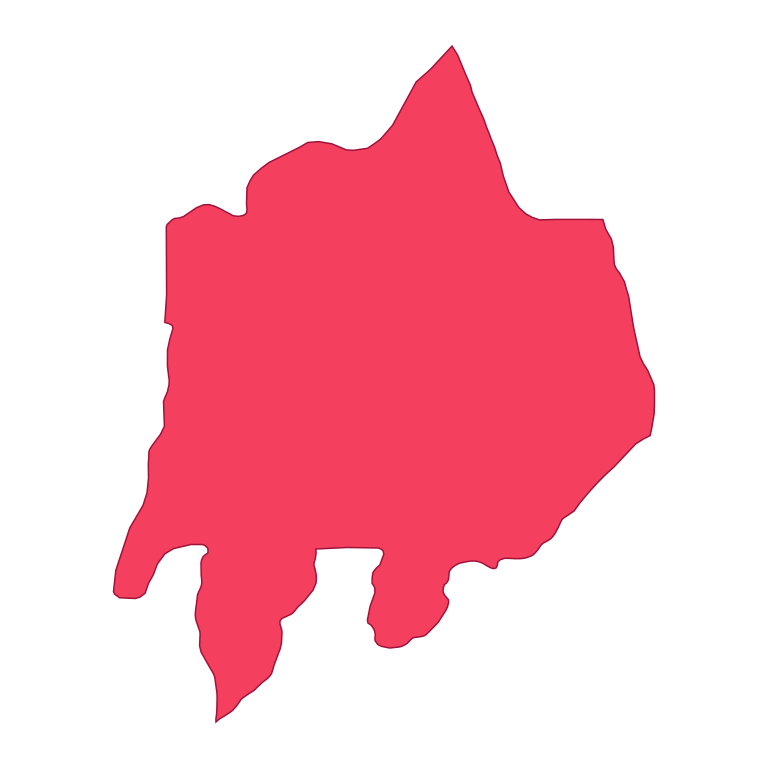 El Palmar, Retalhuleu, Guatemala (Albers equal-area conic projection)
{"feature_id": "79465075B16576514502159", "entity_name": "El Palmar", "entity_type": "district", "adm_level": 2, "iso_a3": "GTM", "parent_name": "Guatemala", "parent_adm1": "Retalhuleu", "projection": "albers", "projection_center": [-91.616, 14.698], "detail": "fine", "context": "isolated", "style": "filled", "palette": "rose", "viewbox_px": 768, "rotation_deg": 0, "n_neighbors": 0, "source": "geoboundaries", "source_scale": "gbopen_adm2", "svg_char_len": 4072}
<svg xmlns="http://www.w3.org/2000/svg" viewBox="0 0 768 768"><path d="M602.9,219.5L585.7,219.4L556.3,219.4L539.5,219.9L532.0,217.3L525.9,213.9L519.0,207.7L508.9,192.1L503.3,176.0L500.3,163.2L497.2,155.6L494.6,147.3L490.8,138.2L489.5,134.4L486.7,127.5L484.2,120.3L482.7,116.6L479.5,109.6L472.1,92.2L470.5,85.4L465.9,75.0L457.5,54.8L452.0,46.1L440.6,58.4L430.4,69.4L416.2,81.9L392.6,125.2L380.8,138.9L375.1,143.2L367.5,148.3L361.8,149.1L353.7,150.3L346.4,149.9L331.8,143.8L318.7,141.6L307.7,142.5L299.3,147.4L269.3,162.3L261.6,168.0L253.5,175.1L250.0,180.9L247.0,187.7L246.5,203.7L247.0,208.9L246.6,212.8L244.8,214.6L242.4,215.7L238.3,216.3L233.4,215.8L219.9,208.6L214.4,206.1L209.0,204.6L203.4,204.9L196.5,207.7L183.4,216.6L179.2,218.0L174.6,218.4L172.1,219.8L169.6,222.2L167.2,224.4L166.3,227.0L166.6,295.0L164.8,322.4L169.2,323.7L172.3,325.6L173.0,328.3L169.8,339.1L167.5,349.8L167.4,365.9L168.6,375.8L169.2,380.0L169.0,384.9L167.4,391.8L165.3,396.6L163.5,401.3L164.4,426.3L160.5,434.3L152.5,445.0L149.5,449.7L148.9,452.2L148.8,457.2L148.3,463.6L148.5,478.1L147.0,492.9L143.0,505.4L129.8,527.9L115.8,570.4L113.5,591.5L114.5,594.1L119.5,597.7L122.6,597.9L135.6,598.5L140.4,596.9L145.1,593.2L148.4,583.6L153.5,574.3L157.4,563.9L165.0,553.7L173.6,548.6L191.0,544.5L202.3,544.5L205.2,545.6L207.8,548.3L208.0,550.9L207.8,553.1L204.6,555.2L202.8,557.1L201.5,560.3L201.0,563.2L201.2,575.5L201.4,577.3L201.7,579.7L201.8,582.5L201.4,585.4L200.7,587.5L199.9,589.3L198.5,592.2L197.5,594.8L197.3,596.9L195.8,608.8L195.5,611.3L195.3,613.5L195.3,615.5L195.6,618.4L196.1,620.7L197.2,624.0L198.6,628.0L199.8,631.2L200.1,633.9L199.6,645.9L201.2,652.4L202.6,654.7L205.7,660.3L211.0,669.6L212.2,671.4L213.9,674.7L214.5,676.5L214.9,678.3L216.6,690.7L217.0,693.8L217.1,697.8L216.9,708.3L216.7,713.1L216.3,715.7L215.9,719.3L216.0,721.9L219.3,719.1L221.2,717.9L224.2,716.1L230.5,712.0L232.7,710.3L236.4,706.1L239.8,701.3L241.3,699.2L244.0,697.0L246.7,695.2L249.1,693.5L251.6,692.0L254.1,690.3L255.8,688.7L257.1,687.3L259.3,685.4L261.8,682.8L267.9,678.1L270.3,675.5L271.7,673.1L273.4,667.5L273.9,665.6L274.9,662.9L280.3,648.4L281.4,643.4L281.7,639.0L281.8,635.6L282.0,632.5L281.8,630.4L280.8,626.8L280.0,624.2L279.9,621.2L281.8,618.5L286.9,616.2L290.9,614.3L292.8,613.0L294.8,610.8L297.6,607.3L303.3,601.9L304.8,600.3L313.1,590.0L316.0,583.0L316.4,578.9L316.3,575.8L316.0,573.6L315.1,569.4L313.9,565.0L314.1,562.8L314.7,560.7L315.3,558.6L315.9,554.6L316.1,552.5L315.8,549.0L347.2,547.5L378.3,548.0L381.6,549.3L383.2,551.2L383.8,554.1L379.8,565.1L376.2,568.2L373.0,572.4L372.1,577.9L372.1,583.5L373.6,585.4L374.8,588.1L374.9,592.8L370.1,606.3L367.4,620.1L368.0,623.1L371.1,625.1L373.6,628.7L374.6,631.3L375.2,633.7L375.2,635.8L374.9,638.2L375.1,640.7L377.3,643.9L378.7,645.1L381.7,646.4L389.6,648.0L393.8,647.6L395.8,647.3L398.5,647.1L401.6,646.4L405.3,644.6L407.1,643.4L408.6,641.9L410.7,639.7L412.7,638.0L414.5,637.5L417.5,637.1L421.7,636.5L423.8,635.9L426.0,634.7L430.5,630.3L438.1,622.5L445.9,610.3L447.4,607.1L448.7,602.2L448.4,599.6L447.0,598.1L444.4,594.8L443.1,591.9L443.1,589.5L444.1,585.0L446.3,583.1L447.8,581.1L448.6,579.0L449.0,574.2L449.2,572.0L450.0,570.3L451.8,568.1L454.9,565.6L458.8,563.5L463.9,562.2L468.5,561.4L470.5,561.1L474.1,561.0L477.4,561.4L479.2,561.9L482.5,563.1L486.6,565.6L489.9,567.4L491.8,568.2L493.9,568.6L496.1,567.9L497.3,565.6L497.8,562.0L500.1,559.8L504.3,558.4L506.1,558.3L509.6,558.4L515.6,558.7L521.5,558.6L525.7,557.9L530.4,556.3L532.9,555.1L535.4,552.6L538.0,549.6L539.7,547.0L541.2,544.9L543.3,543.0L545.6,541.9L548.2,540.4L550.7,538.8L553.0,536.3L555.3,532.9L558.1,527.8L560.5,522.4L562.0,519.5L563.7,518.0L574.1,511.0L579.4,503.5L586.5,494.9L590.0,491.0L596.8,483.4L605.2,474.9L613.8,467.1L635.7,443.9L643.5,438.9L650.1,435.6L651.6,428.8L654.1,414.0L654.5,404.4L654.5,390.6L653.8,384.6L647.7,370.4L643.4,363.7L640.1,356.9L633.5,327.0L628.6,296.1L626.6,289.8L624.5,281.9L619.2,272.5L616.4,269.0L614.6,265.1L614.0,261.0L613.4,247.5L612.4,243.2L611.4,239.1L608.9,234.9L605.7,229.0L602.9,219.5Z" fill="#f43f5e" stroke="#9f1239" stroke-width="1.5"/></svg>